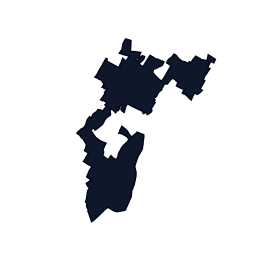 Uayma, Yucatán, Mexico (Robinson projection), rotated 205°
{"feature_id": "50627088B22257473045304", "entity_name": "Uayma", "entity_type": "district", "adm_level": 2, "iso_a3": "MEX", "parent_name": "Mexico", "parent_adm1": "Yucatán", "projection": "robinson", "projection_center": [-88.359, 20.788], "detail": "fine", "context": "isolated", "style": "filled", "palette": "ink", "viewbox_px": 256, "rotation_deg": 205, "n_neighbors": 0, "source": "geoboundaries", "source_scale": "gbopen_adm2", "svg_char_len": 5986}
<svg xmlns="http://www.w3.org/2000/svg" viewBox="0 0 256 256"><g transform="rotate(205 128 128)"><path d="M117.7,214.3L118.0,211.8L118.2,211.0L118.5,210.2L119.4,208.9L120.2,207.2L120.5,205.7L120.5,204.1L120.6,203.5L115.3,202.7L115.9,196.5L116.5,189.0L117.0,186.6L117.5,184.5L119.2,184.9L123.1,186.1L126.4,187.4L129.2,188.9L129.6,191.9L127.3,194.6L125.2,197.3L123.6,198.9L123.4,200.6L123.4,203.1L130.7,202.9L131.2,202.3L138.7,203.2L140.3,189.9L145.3,190.6L143.3,195.6L142.9,197.7L143.2,199.8L145.6,199.5L146.7,197.6L147.6,195.6L147.6,192.7L150.3,192.6L148.1,197.6L148.4,201.8L149.6,201.4L152.0,200.8L152.5,200.5L154.3,199.9L154.9,199.9L155.9,199.2L158.2,198.5L158.6,199.3L159.6,202.1L162.3,208.5L167.8,207.7L168.1,204.1L168.1,202.1L166.5,196.1L166.8,196.1L167.5,192.2L162.4,192.7L157.2,193.8L158.2,187.6L158.8,187.9L162.2,188.9L162.0,185.3L161.7,184.2L161.8,184.1L162.0,182.4L162.0,182.1L161.6,182.1L162.0,179.9L162.2,179.1L161.5,178.8L161.6,178.6L165.1,179.0L175.5,179.6L175.9,181.7L177.3,181.8L177.9,175.0L177.8,173.9L178.3,170.0L178.5,167.7L178.7,163.0L179.4,160.2L176.7,160.3L175.2,160.0L174.3,160.1L173.3,160.1L172.7,160.3L171.9,160.1L171.0,159.1L169.9,158.6L168.5,158.1L168.5,155.1L168.6,154.1L168.4,154.2L165.8,153.8L165.8,154.8L163.6,154.5L163.9,153.4L164.2,150.3L163.4,150.2L163.6,149.2L163.9,145.9L164.2,144.1L164.8,142.1L162.4,142.0L162.1,142.7L157.7,142.0L158.7,139.2L156.4,138.4L157.5,135.8L157.7,133.1L159.2,132.8L160.1,132.8L160.8,132.6L163.0,131.9L163.0,131.5L163.4,129.8L163.5,129.3L163.7,128.8L164.1,128.4L164.8,127.1L165.3,126.1L165.5,125.6L165.5,121.4L167.5,122.0L167.6,121.5L167.8,121.0L168.2,119.3L168.4,118.7L168.2,116.9L168.0,114.9L167.5,113.5L167.8,112.4L167.9,111.7L167.8,110.8L168.0,110.3L168.6,109.0L170.3,106.7L170.5,105.8L171.0,105.0L171.5,103.9L171.7,103.3L172.0,101.6L168.4,101.1L167.7,100.4L166.5,99.7L164.0,99.1L159.9,96.3L158.7,95.3L158.3,93.9L158.1,92.4L157.9,91.7L157.8,89.2L156.9,88.9L156.6,89.0L155.8,88.8L154.3,88.9L153.3,88.7L153.7,82.7L153.9,81.7L153.9,80.5L154.2,78.8L151.7,78.6L149.0,78.1L147.5,78.1L146.7,78.2L146.1,78.1L145.6,78.0L144.4,77.5L143.8,77.3L143.9,77.1L144.6,76.1L144.8,74.5L144.8,74.1L145.0,73.7L144.8,66.4L144.1,66.3L143.4,65.9L142.4,65.7L141.2,65.9L139.4,65.9L140.1,65.2L140.6,63.1L141.0,62.3L141.6,61.4L141.9,61.1L142.3,60.0L141.7,59.5L140.7,58.9L139.3,57.9L138.3,57.5L137.4,57.4L138.0,54.0L137.4,51.7L137.0,51.2L136.9,50.4L136.6,49.8L136.3,48.4L135.7,46.5L135.6,45.6L135.5,45.1L135.1,42.9L134.4,42.8L133.8,42.6L133.4,42.3L133.1,41.7L133.0,40.8L132.7,40.2L131.7,38.9L131.0,38.1L130.6,37.9L129.2,36.6L129.2,35.8L129.0,35.4L127.8,34.5L121.4,27.7L119.9,30.4L113.9,45.6L112.5,47.8L106.8,47.0L104.8,47.1L102.3,47.7L98.3,50.5L95.8,52.4L96.1,67.1L98.8,74.5L98.1,74.5L98.3,75.6L98.5,77.1L98.4,78.0L98.5,79.4L98.7,79.8L98.7,80.2L99.0,81.0L99.0,81.5L99.2,82.4L99.9,85.1L100.0,85.6L100.2,86.2L100.5,87.8L100.9,88.5L101.1,89.2L101.9,90.9L102.1,91.4L103.2,92.6L104.0,93.8L105.4,95.6L105.7,96.1L105.8,96.6L106.2,98.8L106.3,101.1L106.5,102.0L106.9,106.7L106.8,108.3L106.5,110.1L106.4,111.5L106.3,113.2L106.2,113.4L106.2,114.3L106.3,114.9L106.3,115.6L106.6,116.2L106.9,116.8L107.2,118.4L107.4,119.1L107.6,119.7L107.9,120.6L108.4,121.6L108.7,122.4L109.4,124.9L109.8,126.3L110.2,127.2L110.7,127.7L110.8,128.5L114.4,128.2L115.2,128.1L115.9,128.3L116.5,128.2L118.0,128.0L118.7,125.9L119.5,124.5L119.9,123.7L120.1,122.9L120.5,122.3L120.5,122.1L120.9,121.6L122.4,121.9L124.0,122.7L125.6,123.8L127.1,124.9L128.5,125.3L129.4,125.7L130.3,126.0L132.5,126.5L134.2,127.0L134.3,126.2L134.2,124.6L134.4,122.6L134.3,122.1L134.1,121.0L134.1,119.4L133.0,119.7L132.1,120.1L131.7,120.2L130.6,120.1L129.5,120.2L128.3,119.9L127.2,119.9L125.6,119.7L124.6,119.5L122.2,117.7L123.1,114.6L123.7,112.8L124.4,111.3L124.9,109.7L125.3,107.9L125.5,105.9L125.5,104.4L125.8,102.4L125.7,101.4L125.3,98.9L125.2,98.5L125.1,98.1L125.0,97.6L125.0,96.7L125.2,94.7L125.3,94.2L129.1,94.6L131.7,95.7L132.5,90.9L139.4,92.2L139.5,93.1L139.4,93.8L139.9,95.9L140.1,96.2L141.2,96.8L141.6,99.8L141.7,102.4L141.6,102.6L141.5,104.9L146.5,104.6L149.5,104.9L151.5,105.3L152.3,105.6L153.1,105.7L156.4,107.5L157.0,107.9L160.9,110.2L159.2,113.7L156.9,112.2L155.6,114.6L153.0,119.8L152.6,120.4L152.7,121.4L152.5,122.8L152.5,125.1L152.3,126.2L151.8,128.2L151.1,129.3L150.9,129.8L149.6,132.0L149.5,132.8L150.7,134.7L152.3,137.7L148.8,138.0L148.1,137.6L147.5,137.2L145.7,136.6L145.0,139.8L144.3,139.7L144.1,140.7L144.1,141.9L144.0,142.7L144.4,144.2L144.3,145.6L142.5,145.1L142.3,144.1L142.2,142.5L142.2,141.7L140.3,141.0L138.2,140.4L138.2,141.6L138.6,143.2L138.9,145.3L139.3,146.4L138.7,149.8L133.8,149.4L132.9,149.4L131.4,149.4L123.6,149.3L123.1,149.6L121.8,149.1L121.1,148.3L120.1,147.6L119.5,148.2L118.3,150.2L116.3,148.3L115.7,148.7L113.8,152.2L113.7,154.1L115.3,154.8L115.0,156.0L115.0,156.5L114.8,157.6L114.2,162.6L116.0,163.4L115.4,164.8L117.3,165.0L116.8,165.9L115.7,168.4L115.5,169.2L115.5,173.0L113.6,177.0L113.9,177.5L113.6,183.9L112.6,183.8L110.9,184.6L110.8,185.1L110.4,187.3L109.9,188.9L109.5,190.1L109.2,191.0L108.8,191.8L108.0,192.2L107.7,192.3L106.6,191.7L105.7,191.8L105.4,191.8L104.7,191.2L104.3,191.1L103.7,191.1L103.3,191.0L102.9,190.7L102.7,190.8L101.7,190.5L101.9,189.5L101.9,188.1L101.8,186.6L99.8,186.5L98.1,186.5L97.4,186.4L96.1,186.4L94.2,186.6L93.3,186.8L93.3,185.7L93.5,184.8L93.5,183.6L93.6,182.7L92.3,182.5L90.9,182.5L90.3,182.6L89.5,182.4L89.1,182.5L88.3,182.2L87.2,181.6L85.6,181.1L83.8,180.4L82.6,180.1L82.7,187.7L79.2,187.9L77.8,190.4L76.6,193.5L77.5,193.6L79.1,193.8L78.4,203.2L80.1,203.4L80.3,204.1L80.2,205.0L80.5,206.8L80.4,207.5L80.0,209.3L78.9,216.5L81.3,216.2L81.3,223.4L77.8,223.3L77.8,227.1L86.2,228.3L85.9,227.1L84.8,222.4L91.0,220.9L92.2,221.4L97.1,221.6L97.3,220.0L97.9,218.2L98.2,216.6L98.4,213.8L100.4,214.0L100.8,211.6L102.3,212.0L104.2,212.1L105.4,211.7L106.5,211.5L107.2,211.5L107.7,211.4L108.1,211.5L109.2,211.8L111.6,212.4L112.2,212.6L112.7,212.9L114.8,214.1L116.5,214.4L117.7,214.3Z" fill="#0f172a" stroke="#020617" stroke-width="1.5"/></g></svg>